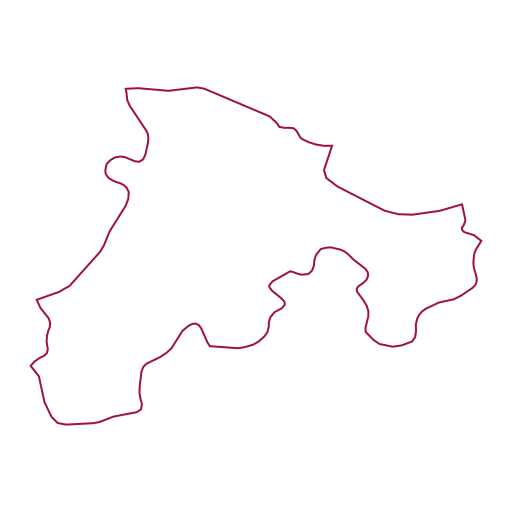 the Province of Béjaïa
{"feature_id": "DZA-2208", "entity_name": "Béjaïa", "entity_type": "Province", "adm_level": 1, "iso_a3": "DZA", "parent_name": "Algeria", "parent_adm1": "", "projection": "natural_earth1", "projection_center": [4.914, 36.56], "detail": "fine", "context": "isolated", "style": "outline", "palette": "rose", "viewbox_px": 512, "rotation_deg": 0, "n_neighbors": 0, "source": "natural_earth", "source_scale": "10m", "svg_char_len": 2399}
<svg xmlns="http://www.w3.org/2000/svg" viewBox="0 0 512 512"><path d="M125.7,88.8L138.3,88.2L168.5,90.8L197.1,87.4L204.3,88.7L269.8,116.5L277.2,123.5L279.3,126.9L284.2,127.8L289.7,127.8L293.7,128.3L296.5,130.9L300.1,137.0L301.6,138.8L308.4,142.1L316.3,144.6L324.6,145.9L332.1,145.7L324.0,170.0L326.2,177.9L337.6,186.6L384.8,210.8L398.2,214.2L412.4,214.7L439.8,210.8L462.1,204.3L462.6,207.0L465.4,219.9L464.9,222.1L463.7,225.2L461.9,227.6L462.1,229.9L464.2,232.1L474.0,235.2L481.3,240.9L475.9,249.6L474.7,252.5L474.0,255.6L473.4,262.3L473.6,265.8L474.4,269.8L475.7,273.9L476.7,278.3L476.6,281.8L475.4,284.8L474.3,286.2L472.2,288.1L461.4,295.4L453.8,299.3L439.0,302.5L425.9,308.7L422.0,311.5L419.6,314.3L417.2,318.6L415.8,324.9L416.1,330.5L415.2,337.0L412.1,341.5L401.6,345.4L392.8,346.7L379.5,344.0L373.5,339.9L365.6,331.9L365.5,327.7L368.3,316.5L368.4,311.3L366.7,305.8L363.8,300.9L357.2,291.8L356.6,289.1L357.7,287.1L358.5,286.2L362.7,283.3L366.4,279.9L368.1,275.9L367.8,272.4L365.5,268.9L353.4,259.5L347.5,253.7L344.4,251.4L340.4,249.6L330.9,247.4L326.1,247.7L320.7,249.1L316.0,255.0L314.4,260.2L313.7,266.4L311.9,270.8L308.2,274.1L301.4,274.7L296.8,273.5L293.3,272.1L291.1,271.5L290.0,271.4L272.4,281.4L269.8,284.7L269.2,285.7L269.2,286.7L270.0,288.1L271.8,290.5L281.3,298.3L284.5,301.7L284.7,304.9L281.9,308.2L274.5,312.2L270.5,317.0L268.9,321.9L268.7,326.9L267.4,332.1L264.4,336.4L258.8,341.4L253.1,344.7L244.4,347.2L237.9,348.2L209.9,346.2L208.2,343.6L207.4,342.3L201.4,328.7L199.1,325.4L196.2,323.7L192.6,323.8L188.5,325.8L182.5,330.8L171.5,348.2L166.7,352.7L160.3,357.0L146.5,363.7L143.3,366.9L141.5,371.5L139.7,386.2L139.5,393.1L140.5,398.9L142.0,404.4L140.9,409.4L136.9,412.1L113.5,416.6L99.2,422.1L93.1,423.2L66.1,424.6L57.6,423.0L51.5,416.8L44.5,402.2L38.9,376.4L30.7,365.9L34.4,361.6L39.5,358.0L44.5,355.6L46.9,353.0L47.8,349.3L46.6,341.8L47.0,335.7L48.3,330.7L49.7,327.3L50.2,323.2L48.7,318.3L40.5,308.0L36.7,299.8L59.1,291.9L64.8,288.5L68.6,286.6L70.0,285.4L100.0,251.9L103.9,245.5L109.5,231.6L125.8,205.5L128.3,198.8L128.8,192.1L126.8,188.0L123.9,185.1L120.4,183.3L116.2,182.0L112.0,180.1L108.2,177.6L105.7,173.8L105.3,170.4L106.6,164.1L110.3,160.2L115.1,157.4L120.4,156.5L124.9,157.1L134.7,161.2L139.0,161.8L143.0,159.5L145.3,154.9L147.8,143.8L148.4,138.6L147.9,134.3L146.2,130.5L129.7,105.7L127.3,100.2L126.4,92.3L125.7,88.8Z" fill="none" stroke="#9f1239" stroke-width="2"/></svg>